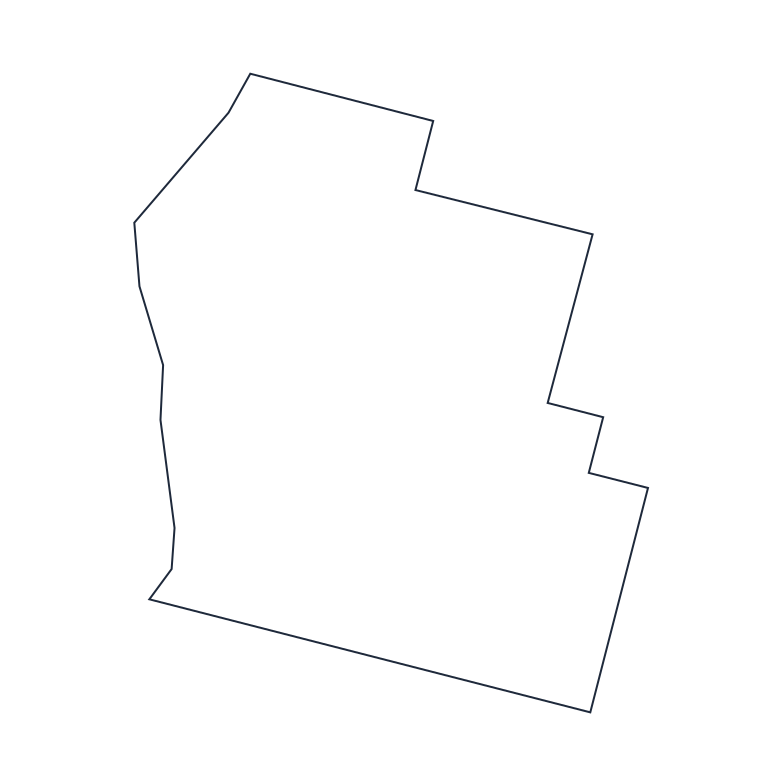 outline of Scott, Illinois, United States of America, rotated 14°
{"feature_id": "52423323B93785778655007", "entity_name": "Scott", "entity_type": "district", "adm_level": 2, "iso_a3": "USA", "parent_name": "United States of America", "parent_adm1": "Illinois", "projection": "robinson", "projection_center": [-90.501, 39.655], "detail": "fine", "context": "isolated", "style": "outline", "palette": "slate", "viewbox_px": 768, "rotation_deg": 14, "n_neighbors": 0, "source": "geoboundaries", "source_scale": "gbopen_adm2", "svg_char_len": 381}
<svg xmlns="http://www.w3.org/2000/svg" viewBox="0 0 768 768"><g transform="rotate(14 384 384)"><path d="M179.2,115.3L167.5,158.4L102.7,287.9L123.1,348.4L165.1,419.1L175.8,472.9L215.6,574.4L222.7,614.9L208.4,649.7L663.6,652.7L665.3,421.0L604.2,420.7L604.7,363.2L547.4,362.8L550.2,188.3L367.6,188.2L368.1,116.9L179.2,115.3Z" fill="none" stroke="#1e293b" stroke-width="2"/></g></svg>